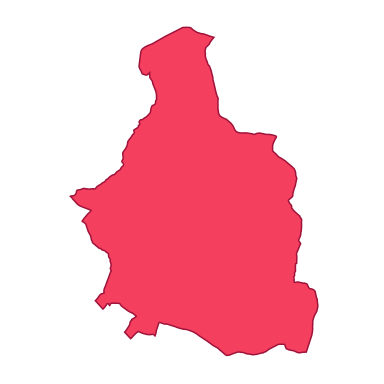 Iza, Boyacá, Colombia (Mercator projection), rotated 268°
{"feature_id": "7082276B4524421647435", "entity_name": "Iza", "entity_type": "district", "adm_level": 2, "iso_a3": "COL", "parent_name": "Colombia", "parent_adm1": "Boyacá", "projection": "mercator", "projection_center": [-72.966, 5.619], "detail": "fine", "context": "isolated", "style": "filled", "palette": "rose", "viewbox_px": 384, "rotation_deg": 268, "n_neighbors": 0, "source": "geoboundaries", "source_scale": "gbopen_adm2", "svg_char_len": 5930}
<svg xmlns="http://www.w3.org/2000/svg" viewBox="0 0 384 384"><g transform="rotate(268 192 192)"><path d="M356.8,188.7L348.3,170.4L341.4,157.3L339.8,152.7L338.4,149.8L337.0,147.8L336.3,147.0L334.4,146.0L333.0,145.6L320.0,143.5L319.0,143.5L317.0,144.1L314.6,145.4L313.4,145.7L311.8,146.5L311.1,148.0L310.5,150.0L310.4,150.8L310.6,151.3L312.7,153.9L311.7,153.7L310.4,153.7L307.7,153.9L304.4,156.1L301.0,156.8L295.5,158.8L292.7,159.6L289.8,159.9L287.0,159.8L285.6,159.8L284.6,159.0L283.2,158.7L282.2,158.6L281.5,158.4L280.9,157.9L280.2,156.7L280.1,156.2L279.7,155.3L279.0,154.8L277.6,154.2L276.4,153.8L273.5,153.3L272.6,152.9L271.0,151.5L268.5,148.8L268.0,147.8L267.8,147.3L266.3,145.2L266.0,144.7L266.0,143.3L265.4,142.5L264.7,141.9L263.9,141.6L263.3,141.6L262.4,142.2L262.0,142.3L261.5,142.2L261.0,141.9L260.5,140.9L259.3,140.7L258.7,140.4L258.1,139.7L256.1,136.2L255.6,135.9L255.0,136.0L254.0,136.4L253.2,136.4L252.6,136.0L251.6,134.9L250.7,134.2L248.4,132.7L247.3,131.6L245.2,130.0L244.2,129.5L241.4,129.0L240.6,128.7L238.0,127.4L235.5,125.4L234.3,124.6L233.4,124.1L227.9,124.4L227.2,124.1L225.4,123.0L224.7,123.0L224.1,123.3L223.2,124.2L222.5,124.5L221.5,124.5L220.8,124.2L220.1,123.6L219.7,122.9L218.8,122.1L217.3,121.3L216.7,120.7L216.3,120.2L215.2,118.2L214.8,117.6L212.3,115.2L212.0,114.7L211.8,113.2L210.8,111.5L209.9,110.2L207.8,107.9L207.7,107.4L207.0,106.4L206.0,105.8L205.0,104.5L204.2,102.7L202.3,100.2L202.0,99.2L201.0,97.7L200.4,96.9L199.9,96.6L198.7,95.5L198.5,94.9L198.7,93.0L198.5,89.7L198.4,89.3L198.9,87.1L198.8,86.5L198.9,85.8L199.2,85.2L199.4,83.9L198.2,80.3L198.0,78.0L197.8,77.3L197.2,76.8L196.5,76.5L195.2,76.4L193.1,74.9L192.4,73.8L192.2,70.5L191.9,70.2L191.5,70.8L190.6,71.6L188.7,72.9L186.7,74.7L184.4,76.5L182.6,78.5L181.4,80.8L177.2,90.6L175.3,89.0L173.9,87.3L169.7,83.5L166.8,81.2L166.3,81.4L165.4,82.9L164.3,84.2L163.4,84.8L156.2,86.9L154.8,87.6L153.1,88.5L150.6,89.4L147.8,89.8L146.2,90.5L144.7,90.9L139.1,97.1L138.8,98.1L138.5,98.8L137.2,100.2L136.2,103.1L135.2,103.8L133.8,105.7L133.0,106.3L131.9,106.4L130.8,106.4L129.7,106.6L127.5,108.0L126.4,107.8L125.4,107.8L124.8,108.1L122.2,108.6L121.0,108.5L118.4,107.7L117.5,107.9L115.7,108.6L115.3,108.2L115.1,107.9L109.8,105.8L105.3,103.9L101.2,102.3L98.8,101.1L96.7,100.5L94.1,100.6L93.3,97.6L92.7,96.8L91.5,95.7L89.6,94.3L87.9,92.8L86.7,91.6L78.1,98.9L78.5,99.4L79.6,100.5L81.6,102.1L83.2,103.2L83.4,103.6L83.2,104.6L81.4,105.6L81.6,106.0L82.5,106.2L83.1,106.7L83.6,107.6L83.7,109.0L83.5,110.5L83.5,113.0L83.3,114.7L82.9,115.9L82.3,116.4L80.9,117.2L79.9,118.2L75.5,123.8L73.4,127.2L73.5,127.7L72.0,129.6L69.9,131.9L69.6,132.0L69.0,131.1L68.0,129.7L66.8,127.3L65.9,127.3L65.8,127.1L65.5,126.6L64.8,126.0L63.4,125.4L61.9,125.2L60.1,124.2L57.0,122.0L54.2,119.8L47.6,125.5L48.5,126.8L49.1,127.2L52.5,130.7L54.5,133.3L52.5,137.7L51.2,141.9L51.0,143.3L50.9,145.4L51.1,147.4L50.9,148.7L50.1,149.5L49.5,150.0L50.6,150.5L53.3,151.3L55.0,151.6L61.2,153.9L62.8,154.6L62.7,155.4L61.0,159.9L60.9,161.9L60.7,163.0L59.3,166.7L58.9,168.0L58.0,170.5L56.9,173.0L55.8,176.4L55.1,179.0L54.9,181.1L54.7,182.1L54.0,184.0L52.4,187.8L51.8,188.9L50.5,191.0L49.1,192.9L48.0,194.2L43.1,201.1L40.1,205.0L37.9,207.7L35.2,212.2L34.4,213.1L32.5,214.9L32.1,215.6L28.8,219.0L27.6,220.5L27.5,222.1L27.7,223.7L29.9,230.0L30.0,230.8L30.5,232.3L30.4,233.6L30.1,235.1L30.0,236.6L29.5,238.5L28.5,240.6L27.8,244.8L27.2,247.0L27.4,248.7L27.4,250.4L28.5,255.2L28.7,255.8L28.6,257.0L29.3,258.4L29.7,259.3L29.8,260.2L30.7,261.3L31.6,262.6L32.7,264.5L35.9,271.3L36.5,272.5L36.8,273.8L36.8,274.9L36.6,278.4L36.3,279.4L34.9,279.7L32.1,280.7L30.9,283.3L30.6,284.4L29.6,288.6L28.2,291.2L27.8,292.3L27.6,293.2L27.6,294.9L28.0,296.7L28.0,300.6L45.2,306.9L46.7,307.1L47.7,307.4L50.7,307.8L53.5,307.8L55.9,308.1L58.4,308.1L61.2,308.9L63.0,309.5L65.5,310.8L68.3,312.5L72.9,313.7L75.0,313.8L76.9,313.5L80.7,313.4L82.0,312.7L87.8,311.7L88.8,311.3L89.2,311.0L90.1,310.0L90.7,308.9L91.1,307.6L91.2,306.6L91.6,305.9L92.5,305.2L93.4,305.0L94.1,304.5L95.7,304.0L96.5,302.8L97.1,301.0L97.1,300.7L96.8,300.4L97.7,297.8L97.9,296.3L98.3,295.2L98.4,294.3L98.1,292.7L98.2,291.0L99.4,290.9L101.0,291.1L102.1,290.8L103.6,290.9L104.9,291.6L107.7,291.7L109.4,292.7L113.1,292.7L116.5,293.0L116.8,293.2L117.1,294.1L123.2,294.5L126.7,294.3L127.3,294.4L131.4,296.4L134.2,297.6L136.6,298.8L138.7,297.6L139.3,297.1L140.0,296.8L144.5,298.9L145.9,299.2L146.3,299.1L149.7,299.9L153.8,300.3L158.8,300.4L160.0,300.6L160.9,300.5L161.5,300.3L162.0,299.9L162.4,299.3L162.7,299.2L164.0,299.0L168.8,294.0L170.3,292.7L172.6,291.0L174.3,291.1L175.1,290.9L175.5,290.7L177.4,289.1L180.0,288.0L180.3,288.0L180.7,288.2L182.6,290.8L184.0,292.3L185.0,292.6L187.0,292.8L190.4,293.8L191.7,294.2L194.5,295.4L200.1,296.7L201.2,297.1L201.7,297.2L202.7,297.0L204.8,296.3L208.0,296.2L209.4,295.8L211.1,295.2L211.7,294.8L213.8,292.9L218.0,288.2L219.9,286.2L222.8,282.0L223.7,280.4L224.5,279.4L227.2,277.1L229.2,275.0L230.2,274.1L230.8,274.0L234.3,274.1L236.5,274.4L238.5,275.2L241.4,276.7L243.1,277.8L244.1,278.3L244.6,278.2L245.0,277.8L245.2,277.5L246.5,273.3L246.9,270.4L246.9,269.2L247.0,268.1L248.5,262.0L248.5,260.1L248.1,258.1L247.3,256.7L248.1,253.9L249.0,249.5L249.2,247.1L249.3,243.4L249.4,242.0L249.7,240.6L250.6,238.7L251.7,237.6L252.7,236.9L256.0,235.6L257.1,235.0L259.4,233.3L263.1,229.3L263.6,228.6L265.2,225.2L266.3,223.6L267.2,222.5L268.7,221.7L270.1,221.3L275.6,220.8L277.4,221.0L281.4,221.0L284.7,221.4L287.3,220.3L290.4,219.5L299.8,217.7L303.4,216.9L306.7,216.7L309.3,216.0L311.3,215.7L312.1,215.4L313.1,215.3L315.4,214.4L317.2,213.9L318.2,212.9L319.5,212.2L321.7,211.7L324.6,210.6L326.0,210.3L327.8,210.0L329.6,210.3L331.0,210.0L332.5,210.0L333.5,210.2L335.9,210.9L338.9,214.2L339.7,214.7L340.9,215.3L342.7,216.6L345.8,219.3L347.2,215.1L348.6,211.7L349.6,209.1L349.8,207.2L351.2,203.0L351.7,202.0L352.7,200.6L353.9,198.8L356.0,196.7L356.4,195.6L356.7,193.8L356.8,188.7Z" fill="#f43f5e" stroke="#9f1239" stroke-width="1.5"/></g></svg>